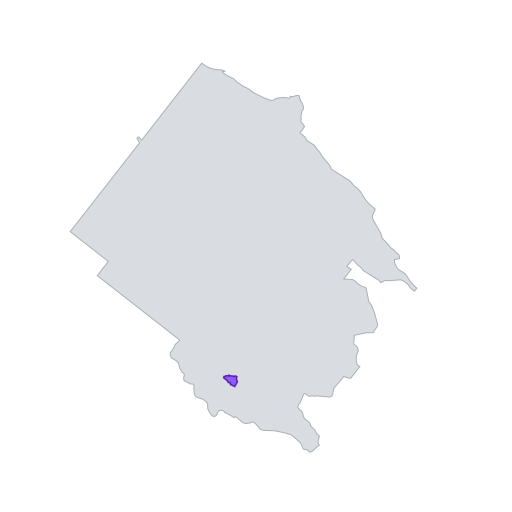 Gharb Jabal Marrah, Central Darfur, Sudan shown in context, rotated 308°
{"feature_id": "16777658B15584581797424", "entity_name": "Gharb Jabal Marrah", "entity_type": "district", "adm_level": 2, "iso_a3": "SDN", "parent_name": "Sudan", "parent_adm1": "Central Darfur", "projection": "equal_earth", "projection_center": [24.023, 13.095], "detail": "fine", "context": "in_parent", "style": "filled", "palette": "violet", "viewbox_px": 512, "rotation_deg": 308, "n_neighbors": 0, "source": "geoboundaries", "source_scale": "gbopen_adm2", "svg_char_len": 5072}
<svg xmlns="http://www.w3.org/2000/svg" viewBox="0 0 512 512"><g transform="rotate(308 256 256)"><path d="M329.7,402.6L326.2,402.6L325.8,401.5L325.8,398.5L326.2,396.2L327.4,392.6L327.1,390.6L327.3,387.8L326.3,384.6L317.9,375.4L316.3,372.9L311.8,370.6L312.5,368.0L310.5,349.2L311.4,347.1L311.6,343.8L311.5,340.9L312.6,336.1L312.6,334.1L303.8,333.9L303.8,336.0L304.2,338.3L304.2,339.2L291.9,339.3L296.9,346.6L297.2,349.9L296.9,353.9L297.0,356.5L297.3,358.1L298.7,361.4L298.6,362.1L298.3,362.8L289.7,372.7L288.3,377.2L287.1,379.6L284.6,383.7L276.8,394.2L275.5,394.9L269.4,395.2L268.8,395.5L268.4,396.0L268.1,395.9L262.9,389.7L254.1,382.3L248.4,386.1L246.8,387.5L246.8,391.1L245.9,392.9L244.4,394.9L240.1,396.2L237.9,397.3L235.3,399.3L232.7,402.6L232.5,404.4L232.8,405.9L218.1,405.9L217.1,404.6L214.9,399.1L213.4,399.4L200.0,398.8L198.1,399.4L194.3,401.6L192.3,402.0L190.3,401.0L183.2,390.0L181.7,388.7L180.1,386.1L178.6,384.9L178.1,384.1L177.9,382.9L178.0,380.5L177.5,379.0L176.4,378.7L166.9,381.2L165.5,380.9L163.5,381.4L162.8,381.8L162.0,383.3L161.9,386.3L161.7,387.8L160.9,389.4L158.2,393.2L157.6,394.8L157.8,398.9L157.6,400.9L157.2,401.9L156.0,403.5L155.6,404.4L155.1,409.6L153.6,412.8L153.3,413.9L153.2,416.2L153.0,416.9L148.7,418.7L147.1,419.9L146.1,421.7L145.8,422.4L144.0,421.8L141.7,421.3L137.2,420.7L135.4,419.9L134.5,418.7L134.8,415.5L134.4,414.8L133.7,414.2L133.2,412.9L133.3,411.2L135.6,407.5L136.1,405.6L136.8,396.4L136.6,393.6L134.7,388.4L130.4,379.5L129.4,377.8L124.0,370.4L123.4,369.4L122.1,366.3L123.5,359.5L123.6,357.6L123.2,355.7L121.9,354.3L120.7,354.1L119.1,352.3L118.0,351.5L117.1,349.9L116.5,347.6L117.0,339.7L116.7,338.6L115.3,338.3L115.0,337.8L115.0,336.2L114.3,331.7L113.5,328.0L113.9,325.9L112.8,323.1L110.6,321.9L106.3,322.8L105.0,322.6L104.1,322.1L103.4,321.1L103.1,319.8L103.4,318.0L104.6,314.6L106.1,311.9L109.2,309.3L110.1,308.0L110.5,306.5L110.6,304.8L110.4,303.0L110.1,301.3L109.2,299.2L108.3,296.6L108.3,294.9L108.7,293.6L109.6,292.1L112.6,289.2L115.8,286.8L116.3,285.9L116.1,284.9L114.7,282.9L114.2,279.0L113.4,276.3L115.0,274.3L116.2,273.6L118.0,272.9L118.8,272.1L119.0,270.5L118.9,268.9L119.6,267.8L120.5,265.3L121.2,264.2L123.6,261.3L124.1,259.4L124.3,257.6L123.6,252.1L125.0,249.8L126.8,248.0L129.3,248.1L133.2,247.7L135.9,246.9L137.8,246.9L142.1,247.9L142.6,247.5L142.8,246.0L142.8,143.0L160.6,143.0L160.8,142.8L160.8,94.6L272.7,94.6L273.7,94.4L275.3,89.9L276.1,89.6L277.2,89.8L277.7,90.9L276.8,94.6L374.5,94.5L374.9,100.0L375.9,104.4L378.8,110.7L381.3,114.1L382.2,116.0L382.3,116.9L382.2,117.7L381.5,116.7L380.2,116.1L380.2,119.1L380.9,125.1L382.0,129.4L381.4,133.3L381.7,139.9L383.2,147.9L383.1,153.0L385.5,165.0L387.7,171.6L388.8,173.2L390.1,174.1L392.4,174.7L396.0,178.0L398.9,181.6L399.9,183.5L401.3,185.5L402.2,185.1L402.8,184.6L403.7,186.3L408.2,189.8L408.9,191.5L407.4,193.1L405.6,195.9L404.8,198.5L404.4,199.3L403.0,201.0L402.7,201.8L402.1,202.3L401.4,202.3L399.9,203.2L398.6,202.9L397.2,203.4L396.8,204.0L395.7,204.6L394.2,204.9L392.0,207.1L390.0,208.1L389.4,209.0L388.4,213.4L387.7,214.6L384.8,214.7L383.3,215.1L381.3,214.6L380.4,214.6L380.1,215.6L379.9,219.4L380.0,221.0L378.4,225.3L379.1,233.4L377.6,239.4L377.4,240.8L375.9,245.6L375.1,247.4L373.2,256.3L372.5,259.1L370.8,262.0L373.0,283.6L371.7,290.2L371.8,293.8L370.9,299.2L370.1,301.6L368.8,304.6L367.7,307.9L366.8,312.3L366.3,320.7L366.0,321.4L360.8,322.5L359.1,323.1L358.0,324.0L356.7,326.1L354.1,332.0L352.7,335.6L350.6,340.5L348.0,344.0L347.5,345.7L347.1,348.9L346.3,353.8L345.4,357.4L345.6,360.3L344.9,365.2L345.0,367.6L344.1,369.0L342.9,370.3L342.1,370.6L338.4,367.3L335.8,369.6L334.2,372.8L333.0,376.0L333.8,382.9L333.8,384.4L333.4,386.1L331.0,392.8L330.4,395.9L329.7,401.3L329.7,402.6Z" fill="#d9dde1" stroke="#a8b0b8" stroke-width="1"/><path d="M145.5,308.1L145.4,308.1L145.3,308.3L145.2,308.4L145.2,308.5L144.9,308.6L144.8,308.4L144.6,308.1L144.1,307.4L143.7,306.8L143.6,306.5L143.5,306.4L143.4,306.4L143.2,306.3L143.2,306.2L142.9,306.2L142.6,306.0L142.5,305.9L142.4,305.9L142.2,305.7L141.9,305.5L141.8,305.4L141.6,305.2L141.4,305.0L141.2,305.2L141.1,305.4L141.0,305.5L140.9,305.5L140.7,305.4L140.4,305.4L140.2,305.4L140.1,305.5L140.1,306.8L140.1,307.5L140.1,309.1L140.1,309.8L140.0,310.3L139.4,311.6L139.3,312.0L139.7,312.8L140.2,313.3L139.9,313.7L139.3,314.7L139.2,314.8L139.1,315.0L139.4,315.1L139.5,315.1L139.4,315.3L139.2,315.4L139.2,315.5L139.3,315.9L139.5,316.9L139.6,317.7L140.1,319.6L140.3,319.5L140.7,319.5L140.9,319.5L141.0,319.5L141.4,319.4L141.5,319.4L141.8,319.4L142.0,319.3L142.9,319.2L143.3,319.1L143.5,319.1L143.8,319.0L144.0,318.9L144.3,318.9L144.6,318.9L144.9,318.9L145.0,318.9L145.3,318.5L145.6,318.5L145.8,318.4L145.9,318.2L146.0,318.0L146.0,317.9L146.1,317.6L147.0,316.3L147.2,316.2L148.0,315.7L148.3,315.6L148.5,315.5L148.9,315.3L149.1,315.3L149.1,315.2L149.1,314.6L148.9,314.0L148.9,313.9L148.6,313.5L148.5,313.4L148.2,313.1L147.9,313.2L147.6,313.1L147.3,312.6L147.3,312.3L147.3,312.0L147.0,311.3L146.7,311.0L146.4,310.6L145.8,309.5L145.8,309.4L145.5,308.2L145.5,308.1Z" fill="#8b5cf6" stroke="#5b21b6" stroke-width="1.5"/></g></svg>